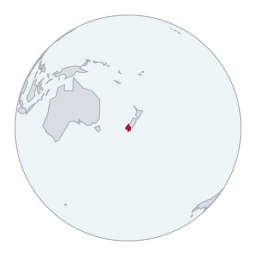 Southland highlighted on a globe, orthographic projection, rotated 352°
{"feature_id": "NZL-3408", "entity_name": "Southland", "entity_type": "Regional Council", "adm_level": 1, "iso_a3": "NZL", "parent_name": "New Zealand", "parent_adm1": "", "projection": "orthographic", "projection_center": [167.625, -45.772], "detail": "coarse", "context": "on_globe", "style": "filled", "palette": "rose", "viewbox_px": 256, "rotation_deg": 352, "n_neighbors": 0, "source": "natural_earth", "source_scale": "10m", "svg_char_len": 4727}
<svg xmlns="http://www.w3.org/2000/svg" viewBox="0 0 256 256"><g transform="rotate(352 128 128)"><circle cx="128" cy="128" r="113" fill="#eef3f6" stroke="#a8b0b8"/><path d="M151.2,74.0L151.3,74.7L151.1,74.8L151.2,74.0ZM195.1,218.5L191.0,221.3L192.1,220.2L195.2,217.7L193.4,218.4L195.6,216.5L192.5,218.5L192.5,216.6L188.5,218.5L187.6,216.8L184.9,217.9L185.8,217.0L185.9,216.1L184.8,216.2L189.2,212.9L194.4,211.0L195.7,211.5L197.1,210.1L200.3,210.5L200.4,209.5L206.7,206.4L209.6,205.1L213.6,201.2L207.8,207.5L201.7,213.2L195.1,218.5ZM191.7,41.3L190.9,39.9L192.7,41.5L191.7,41.3ZM189.5,38.7L189.9,39.2L189.3,38.7L189.5,38.7ZM188.4,38.0L189.2,38.5L188.4,38.1L188.4,38.0ZM187.1,37.3L187.8,37.6L187.7,37.6L187.1,37.3ZM184.8,35.8L184.2,35.4L184.8,35.6L184.8,35.8ZM180.6,218.5L188.2,213.3L184.5,216.2L184.8,217.7L179.8,220.4L180.6,218.5ZM180.4,222.6L179.0,224.2L177.9,224.8L178.5,223.8L180.4,222.6ZM72.2,30.1L72.3,30.1L70.6,31.2L66.8,33.5L68.7,32.2L72.2,30.1ZM59.0,38.9L59.4,38.8L56.7,41.4L46.5,51.5L40.2,58.2L39.2,59.7L38.2,60.4L34.6,65.5L34.8,68.5L34.0,70.7L29.2,79.4L29.5,77.8L26.8,79.8L24.6,86.1L26.7,86.1L27.3,90.1L25.0,91.7L24.6,88.5L23.6,89.1L25.0,83.9L26.4,79.3L24.9,82.6L28.4,75.4L32.4,68.5L36.8,61.8L41.8,55.5L47.1,49.6L52.9,44.0L59.0,38.9ZM54.4,195.0L55.8,194.6L56.1,196.0L54.4,195.0ZM44.6,88.5L47.1,87.2L47.1,87.7L44.6,88.5ZM42.0,88.8L44.6,87.0L41.7,90.0L42.0,88.8ZM45.7,86.4L48.4,83.7L49.5,82.3L49.4,83.3L45.7,86.4ZM40.3,90.2L32.0,97.8L29.0,100.1L29.5,97.9L34.3,93.0L40.3,90.2ZM29.2,98.1L25.0,99.3L21.2,96.1L22.5,93.5L26.9,92.2L26.6,93.8L29.1,93.8L29.2,98.1ZM40.4,79.3L40.1,83.3L35.3,87.2L33.2,88.6L31.8,85.5L32.6,82.5L34.2,80.9L41.7,67.6L44.1,67.3L41.5,72.1L43.5,73.4L40.4,79.3ZM45.8,60.4L42.1,65.7L45.8,59.7L45.8,60.4ZM48.6,55.7L48.3,56.9L47.5,56.5L48.6,55.7ZM38.2,61.5L36.5,63.6L36.9,62.7L39.4,59.6L38.2,61.5ZM54.6,43.9L52.7,46.3L51.8,47.4L51.9,46.6L54.6,43.9ZM134.6,118.7L137.7,120.5L135.7,124.5L132.1,128.3L126.7,128.9L134.6,118.7ZM98.0,127.7L94.8,122.9L99.8,121.8L100.3,126.4L98.0,127.7ZM137.4,116.1L139.0,112.1L136.7,106.2L140.0,111.8L144.8,113.3L139.1,120.5L137.4,116.1ZM71.1,113.6L57.8,130.3L54.0,131.6L53.1,127.7L45.9,120.3L46.9,119.7L43.9,114.1L50.7,102.4L55.0,89.1L61.0,86.9L64.2,78.5L71.0,76.5L70.1,82.3L78.6,83.6L81.0,70.7L89.4,82.4L97.7,86.5L103.9,96.0L100.9,114.7L96.2,119.1L93.9,117.5L92.3,119.8L87.7,119.7L82.3,114.3L80.9,116.7L81.0,111.9L79.5,116.6L75.8,113.6L71.1,113.6ZM121.4,79.4L123.2,79.9L127.1,82.9L124.1,82.1L121.4,79.4ZM146.8,75.6L148.3,77.2L146.1,76.9L146.8,75.6ZM151.1,74.8L148.5,74.6L151.2,74.0L151.1,74.8ZM127.2,71.9L128.4,72.9L127.8,73.1L127.2,71.9ZM126.4,71.5L127.0,70.3L127.3,71.6L126.4,71.5ZM116.6,63.9L117.4,63.3L117.9,63.8L116.6,63.9ZM50.8,85.0L53.9,79.9L55.9,78.6L50.8,85.0ZM114.9,62.5L112.6,62.4L112.7,61.7L114.9,62.5ZM114.8,61.0L114.3,60.1L116.2,62.3L114.8,61.0ZM110.0,59.0L113.1,60.6L109.7,59.2L110.0,59.0ZM108.4,59.2L106.4,58.6L106.5,58.3L108.4,59.2ZM88.5,62.2L95.7,66.5L90.6,67.0L84.6,64.7L81.0,68.5L72.3,70.4L73.9,68.0L72.4,65.6L64.1,67.4L62.5,66.3L65.2,64.1L60.1,64.9L65.6,61.9L68.1,64.4L71.4,60.6L77.6,59.5L84.0,59.2L89.7,60.9L88.5,62.2ZM66.2,69.5L67.2,69.1L66.4,70.5L66.2,69.5ZM102.6,56.7L105.5,58.4L105.2,58.9L103.9,58.6L102.6,56.7ZM90.9,60.1L96.9,56.4L98.4,56.3L94.6,60.1L90.9,60.1ZM95.2,54.6L98.2,54.7L99.9,56.3L99.3,56.8L95.2,54.6ZM54.8,71.1L54.6,72.2L53.3,72.1L54.8,71.1ZM56.5,69.7L60.7,68.8L56.1,70.7L56.5,69.7ZM45.0,73.1L46.1,74.6L49.4,71.1L46.9,74.7L49.4,77.0L48.7,78.9L46.2,76.3L45.7,81.0L44.3,81.9L43.3,78.8L44.6,73.6L46.0,70.9L52.1,66.5L45.0,73.1ZM56.3,67.0L55.3,65.0L56.1,63.0L57.2,63.7L56.3,67.0ZM52.7,60.9L50.5,59.8L48.0,62.2L53.4,55.8L54.6,57.8L52.7,60.9ZM51.5,56.5L49.2,58.7L51.9,55.3L51.5,56.5ZM48.8,58.2L49.1,56.7L50.7,55.8L48.8,58.2ZM52.6,55.9L53.9,52.8L54.3,53.9L52.6,55.9ZM49.6,53.5L52.2,53.8L48.0,55.7L50.0,50.8L52.0,49.3L49.6,53.5ZM74.2,29.6L74.9,29.0L77.2,27.9L76.1,28.6L74.2,29.6ZM90.5,21.8L90.1,22.0L85.7,24.2L78.1,27.4L72.2,30.4L73.1,30.1L70.0,32.2L69.8,31.9L75.3,28.6L79.5,26.6L82.0,25.3L86.2,23.5L88.2,22.6L89.2,22.3L90.5,21.8Z" fill="#d9dde1" stroke="#a8b0b8" stroke-width="1"/><path d="M130.1,129.7L129.0,129.7L129.0,129.3L127.9,128.8L126.8,128.9L127.1,128.3L126.6,128.6L126.9,128.3L126.5,128.5L126.4,128.1L127.2,127.9L126.8,127.9L127.2,127.5L126.7,127.6L127.1,127.3L126.9,127.1L127.4,127.4L127.2,127.1L127.6,127.1L127.2,126.7L127.7,126.2L127.8,126.5L127.8,126.1L128.4,125.9L128.3,125.5L128.9,125.0L128.9,127.1L130.2,127.3L129.9,128.0L130.1,129.7ZM128.2,129.8L128.8,130.6L127.9,131.0L128.2,129.8ZM126.5,127.7L126.8,127.9L126.5,127.9L126.5,127.7ZM127.0,127.0L127.1,126.9L127.2,127.1L127.0,127.0ZM129.2,129.9L129.3,129.9L129.3,130.0L129.2,129.9ZM128.1,129.9L128.1,130.0L128.1,129.9Z" fill="#f43f5e" stroke="#9f1239" stroke-width="1.5"/></g></svg>